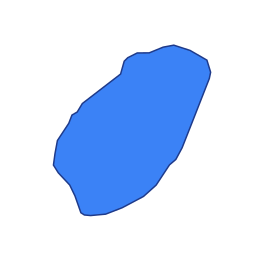 the district of Onou, Federated States of Micronesia, rotated 117°
{"feature_id": "79324940B32817940895565", "entity_name": "Onou", "entity_type": "district", "adm_level": 2, "iso_a3": "FSM", "parent_name": "Federated States of Micronesia", "parent_adm1": "", "projection": "robinson", "projection_center": [150.292, 8.798], "detail": "fine", "context": "isolated", "style": "filled", "palette": "blue", "viewbox_px": 256, "rotation_deg": 117, "n_neighbors": 0, "source": "geoboundaries", "source_scale": "gbopen_adm2", "svg_char_len": 543}
<svg xmlns="http://www.w3.org/2000/svg" viewBox="0 0 256 256"><g transform="rotate(117 128 128)"><path d="M31.7,88.5L30.7,107.9L33.4,124.8L40.0,133.4L51.4,143.2L57.0,153.9L65.4,160.1L70.2,161.7L83.3,159.1L126.9,179.8L136.8,180.5L141.9,183.8L150.7,182.9L171.2,185.2L184.0,181.4L194.9,177.6L199.6,169.7L205.3,154.0L212.6,144.4L224.9,131.5L225.3,127.4L223.0,121.6L214.9,108.8L201.7,97.0L181.9,83.1L166.1,77.0L142.0,74.3L134.3,71.1L121.1,70.8L93.0,73.5L47.0,78.0L40.8,79.7L31.7,88.5Z" fill="#3b82f6" stroke="#1e3a8a" stroke-width="1.5"/></g></svg>